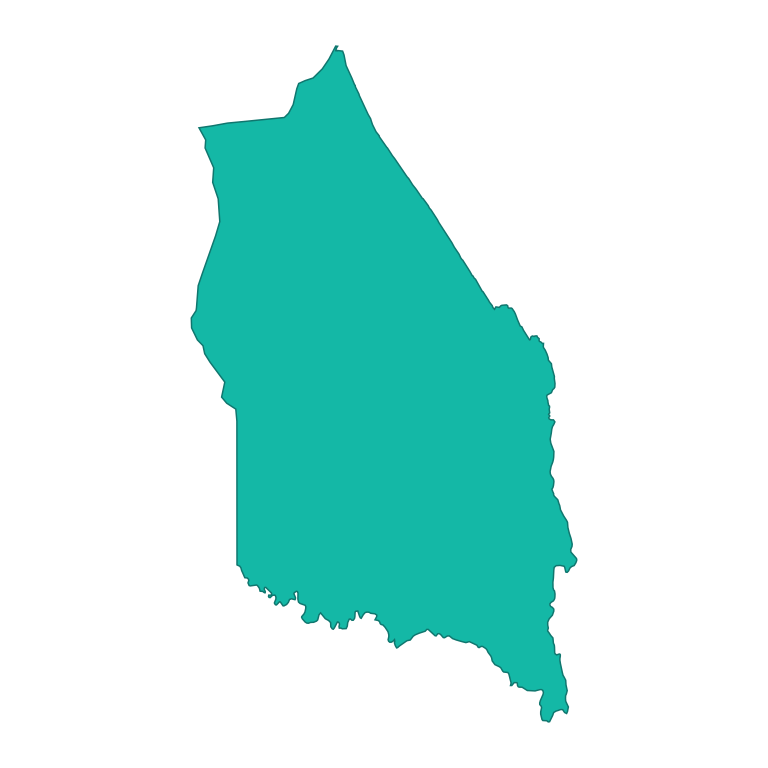 Boumba-Et-Ngoko, Est, Cameroon
{"feature_id": "32672807B40314964499081", "entity_name": "Boumba-Et-Ngoko", "entity_type": "district", "adm_level": 2, "iso_a3": "CMR", "parent_name": "Cameroon", "parent_adm1": "Est", "projection": "equal_earth", "projection_center": [15.54, 2.833], "detail": "fine", "context": "isolated", "style": "filled", "palette": "teal", "viewbox_px": 768, "rotation_deg": 0, "n_neighbors": 0, "source": "geoboundaries", "source_scale": "gbopen_adm2", "svg_char_len": 6098}
<svg xmlns="http://www.w3.org/2000/svg" viewBox="0 0 768 768"><path d="M199.0,127.8L205.7,139.9L205.1,148.0L213.7,167.8L212.7,182.4L218.2,198.8L219.8,221.6L215.6,235.8L202.5,273.0L198.2,285.7L196.5,307.6L196.1,310.6L191.3,318.0L191.6,327.9L197.4,339.9L203.0,345.7L204.7,353.7L210.1,362.3L224.8,382.1L221.6,397.1L226.7,403.2L235.8,409.1L236.9,421.2L237.0,564.9L238.4,565.6L239.7,566.1L240.9,567.8L241.7,570.7L242.5,572.4L244.8,577.7L247.3,578.0L248.4,579.1L248.8,580.4L248.0,582.9L249.1,585.5L250.2,585.9L255.3,585.2L256.5,585.0L257.5,585.6L259.3,588.1L260.1,591.2L262.7,591.4L264.4,592.7L265.2,592.7L265.3,591.5L264.3,589.5L264.3,588.3L264.7,587.5L265.8,587.4L271.3,592.8L271.6,593.6L271.3,595.2L268.8,595.1L268.5,596.3L269.0,597.4L270.1,597.6L272.6,595.3L274.8,595.1L275.5,595.9L276.0,597.7L275.8,599.3L274.4,602.9L274.6,603.6L275.5,604.8L276.5,604.9L279.5,601.8L280.3,601.9L283.0,605.8L283.9,605.9L286.6,604.5L288.4,602.3L288.6,601.8L289.5,599.5L291.5,598.8L295.0,599.7L295.4,598.9L295.5,597.7L293.9,593.7L294.3,592.7L296.3,591.3L297.4,591.6L298.0,593.1L297.9,599.1L298.5,602.0L300.0,603.4L300.2,603.5L305.2,605.3L305.8,606.7L305.7,608.6L305.0,611.9L304.0,613.9L301.8,616.5L301.6,617.2L302.3,618.8L305.2,622.1L306.9,623.1L308.6,623.2L310.6,622.4L313.6,622.3L316.5,621.1L317.7,619.9L319.0,614.8L320.6,612.9L325.3,618.7L328.6,620.5L330.6,622.6L330.8,626.8L332.3,628.9L333.3,629.2L334.3,628.0L337.4,622.0L338.5,622.2L339.3,623.3L339.5,624.2L339.0,626.6L339.3,628.1L340.9,628.1L342.3,628.8L346.2,628.6L347.3,626.1L347.7,622.6L349.2,619.2L350.4,619.0L352.0,620.3L353.3,620.2L354.5,618.5L354.9,616.7L355.1,612.1L355.7,611.3L357.8,611.0L359.7,616.7L360.4,617.9L361.2,618.3L363.3,614.7L365.1,612.6L366.9,612.1L368.9,612.2L370.8,613.3L374.9,613.8L376.8,615.1L376.7,616.6L375.0,619.8L378.5,620.6L379.7,622.0L380.2,623.6L381.0,624.4L383.0,625.0L385.1,627.3L388.0,631.7L388.8,634.8L388.8,636.7L388.1,639.7L388.6,641.2L389.7,642.2L391.2,642.2L392.8,641.4L394.5,639.6L394.8,641.4L394.4,642.8L395.3,645.6L396.6,647.9L397.6,647.6L399.4,646.0L406.1,641.3L407.0,640.7L410.3,640.0L413.2,636.2L415.3,634.8L419.1,633.2L425.2,631.2L426.8,629.4L428.2,629.4L435.0,635.7L436.1,635.9L437.7,633.8L439.2,633.6L440.6,634.5L443.3,637.6L444.6,637.7L447.3,636.0L449.3,635.9L452.6,638.6L456.4,640.0L462.3,641.7L465.9,642.6L469.3,641.6L476.9,645.2L478.2,647.3L479.1,647.6L481.1,646.4L482.7,646.5L485.9,648.6L487.0,650.0L488.1,652.4L490.8,656.0L491.6,657.8L492.2,660.9L494.9,664.6L499.5,666.8L500.8,667.8L502.7,671.1L503.7,672.0L507.9,672.5L508.9,674.1L511.1,683.0L510.5,685.5L511.8,685.5L514.2,682.6L516.9,682.7L517.3,683.3L517.5,685.4L518.1,686.6L519.0,687.1L522.1,687.2L527.3,690.5L535.1,690.9L540.0,689.6L541.5,689.6L542.8,690.4L543.4,692.5L543.1,694.3L540.4,700.5L539.7,703.0L539.8,704.6L541.2,706.2L541.6,707.7L540.7,711.8L540.7,714.2L542.0,719.5L542.8,720.5L545.8,720.7L546.7,720.7L548.2,721.9L549.6,721.7L552.6,715.6L553.7,712.5L556.0,711.1L556.9,710.8L558.0,710.5L560.1,709.7L561.4,709.5L562.7,709.7L564.6,712.5L566.6,713.5L567.5,711.5L568.1,708.3L568.4,707.0L566.7,703.4L565.7,701.2L565.5,698.6L565.6,695.7L566.4,693.8L567.2,690.6L566.0,684.9L565.7,680.2L564.1,677.1L563.0,675.2L562.3,672.4L560.5,664.0L559.9,660.4L559.9,658.6L560.3,656.0L560.3,654.8L560.0,654.2L559.3,654.0L556.6,654.9L555.2,653.9L554.7,652.9L554.5,647.0L554.3,645.2L553.4,643.1L553.1,639.8L552.9,637.9L550.8,635.5L548.9,632.6L547.7,631.1L547.7,630.1L548.3,628.1L547.7,625.0L547.7,622.1L549.2,618.8L552.4,615.2L553.8,611.1L553.8,609.1L552.4,607.4L550.7,606.5L549.9,605.0L549.9,603.8L551.0,602.4L553.5,600.8L554.5,599.0L554.7,598.4L554.9,596.9L555.0,594.0L554.5,590.9L553.7,590.1L553.0,587.8L552.9,582.2L553.4,578.0L553.8,570.1L554.2,567.3L556.3,565.6L557.4,565.6L560.1,565.4L562.0,565.8L564.0,566.2L564.7,567.3L565.7,571.7L566.0,572.2L567.2,572.3L568.6,570.9L569.9,568.1L570.6,567.5L571.5,566.6L574.2,565.5L575.9,562.7L576.7,560.5L576.7,559.3L576.4,558.4L570.9,552.1L570.7,549.6L572.0,546.4L572.2,544.1L571.0,538.5L569.9,535.1L569.3,533.3L567.9,527.5L567.5,522.3L566.5,520.3L563.7,516.0L560.5,509.8L560.0,507.0L559.7,505.5L558.9,503.5L557.8,499.8L554.5,496.4L553.7,495.2L553.6,493.5L552.8,491.8L551.9,489.2L552.9,487.6L553.5,485.3L553.9,481.7L553.7,479.9L552.9,478.2L551.4,476.2L550.4,474.1L550.1,471.6L551.1,466.4L552.8,461.9L553.4,459.4L553.7,457.1L553.9,451.4L550.8,443.1L550.2,439.2L551.3,433.0L551.8,429.1L552.5,426.6L553.8,424.4L554.9,421.9L553.5,419.9L550.7,419.8L549.1,418.8L548.7,417.6L549.7,416.3L549.6,415.4L548.6,414.6L548.8,413.8L549.7,412.9L549.2,409.1L549.6,407.1L549.5,406.1L548.6,405.3L548.4,404.1L548.0,402.4L547.8,400.4L546.9,397.9L546.7,395.9L547.2,395.0L551.4,392.7L552.6,389.8L554.0,388.5L554.8,387.2L555.0,383.5L554.3,378.5L554.4,376.4L551.8,367.0L551.4,363.7L548.4,360.2L548.1,357.5L547.0,354.1L545.2,350.1L543.7,347.9L543.3,346.7L543.5,343.4L542.5,343.5L541.0,342.1L539.5,341.4L539.1,340.5L539.1,338.6L537.6,337.4L536.9,335.9L534.8,336.0L534.1,336.5L532.8,336.0L532.1,336.1L530.9,337.0L530.3,339.5L529.8,339.9L529.3,339.6L527.4,336.5L523.5,330.3L521.9,326.9L520.2,326.0L517.6,320.0L515.4,314.0L514.3,311.7L512.1,308.5L511.4,308.1L508.5,308.1L508.1,307.6L507.6,305.6L506.4,304.9L501.9,305.3L500.8,305.8L499.3,307.4L495.9,306.9L494.5,309.3L492.9,307.5L492.2,305.6L490.0,302.8L489.3,301.9L488.8,300.8L483.0,291.7L482.2,291.2L477.1,282.1L475.5,279.2L474.3,278.3L472.9,275.9L472.2,275.6L469.8,271.3L462.7,260.1L462.1,259.7L460.8,258.0L459.0,254.1L454.3,247.2L451.9,242.7L438.8,222.5L437.5,219.9L431.1,210.0L429.4,208.1L428.2,205.6L423.1,198.7L422.3,198.3L416.1,189.2L412.6,184.8L408.6,178.4L407.3,177.1L405.9,175.1L394.8,158.8L392.4,155.7L387.4,147.9L386.8,147.4L379.4,136.8L379.2,135.8L376.0,131.7L372.5,124.6L371.2,120.7L370.6,118.7L368.1,114.4L359.3,95.5L359.0,94.2L357.0,90.1L355.4,86.9L355.2,85.4L354.5,84.6L351.9,78.2L346.1,65.6L344.0,54.9L342.6,51.1L337.1,50.5L337.1,50.8L335.7,50.7L336.5,48.0L337.6,46.3L335.7,46.1L329.0,59.0L322.3,68.9L313.1,78.0L305.2,80.6L298.7,83.5L296.8,88.7L293.2,104.6L288.6,113.3L284.3,117.5L246.3,121.3L227.5,123.1L212.7,125.8L199.0,127.8Z" fill="#14b8a6" stroke="#0f766e" stroke-width="1.5"/></svg>